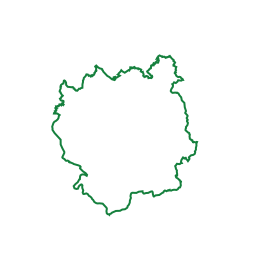 outline of Gazipur, Dhaka, Bangladesh, rotated 135°
{"feature_id": "16705992B50862305652789", "entity_name": "Gazipur", "entity_type": "district", "adm_level": 2, "iso_a3": "BGD", "parent_name": "Bangladesh", "parent_adm1": "Dhaka", "projection": "mercator", "projection_center": [90.414, 24.092], "detail": "fine", "context": "isolated", "style": "outline", "palette": "green", "viewbox_px": 256, "rotation_deg": 135, "n_neighbors": 0, "source": "geoboundaries", "source_scale": "gbopen_adm2", "svg_char_len": 5809}
<svg xmlns="http://www.w3.org/2000/svg" viewBox="0 0 256 256"><g transform="rotate(135 128 128)"><path d="M139.9,206.8L142.2,205.1L142.7,205.5L144.8,205.8L146.1,205.3L146.1,204.7L147.0,204.5L147.2,203.8L150.3,202.4L150.6,202.0L150.4,201.0L150.7,200.3L151.0,200.1L151.0,199.4L151.4,198.4L151.2,197.0L152.0,196.8L153.1,197.1L154.3,196.6L155.1,196.8L155.1,196.5L155.5,196.5L155.9,195.4L155.7,194.3L155.0,193.7L154.6,192.9L155.1,192.5L155.1,192.0L156.1,191.5L156.4,191.5L157.0,192.1L157.4,192.0L157.6,191.3L157.1,190.1L157.6,190.0L157.7,190.9L158.4,191.1L158.8,191.9L159.2,191.6L159.3,192.7L159.8,193.2L160.7,192.6L162.2,193.3L162.2,192.7L162.7,192.9L162.7,193.1L163.9,193.1L164.0,193.7L164.4,193.2L164.5,193.5L165.3,193.5L165.6,192.4L165.3,192.1L165.8,192.1L165.9,191.5L166.2,191.2L167.7,191.6L167.8,190.7L169.6,190.9L170.1,190.6L167.8,188.3L167.2,185.5L168.4,185.4L170.1,184.2L171.7,183.8L174.1,184.0L175.6,184.5L177.3,184.2L180.7,182.5L181.6,181.1L182.7,180.1L183.5,176.3L183.9,167.4L187.3,163.9L188.8,159.9L189.9,156.2L190.7,155.4L195.1,153.8L195.4,153.0L194.9,150.8L195.1,149.0L194.6,148.2L193.7,147.6L193.2,145.7L193.8,145.4L193.7,145.1L192.7,143.6L191.9,141.5L191.9,141.0L189.5,136.7L188.8,134.9L189.0,134.0L190.3,133.6L190.5,133.2L190.5,129.1L189.9,126.2L190.1,123.8L191.0,123.4L191.6,125.6L192.6,127.0L193.7,127.8L195.0,128.1L196.0,127.7L198.3,125.8L198.9,126.1L201.9,125.2L204.8,125.5L207.5,125.3L208.5,123.2L207.6,121.4L206.3,120.5L204.2,121.4L203.1,121.6L201.0,121.2L200.7,120.8L200.8,119.7L202.1,118.7L203.0,117.4L203.7,115.6L205.7,114.4L206.2,113.0L205.9,112.5L203.7,111.2L203.2,109.8L203.6,107.5L203.2,106.5L203.1,104.5L203.6,103.2L203.5,101.8L204.1,99.5L203.6,97.3L202.8,96.1L201.4,94.9L199.4,92.4L199.6,86.8L200.1,85.8L202.0,84.5L203.3,82.7L203.3,81.5L202.7,80.7L202.6,79.9L202.2,80.2L200.2,79.4L199.3,79.5L195.2,77.9L192.2,75.1L189.7,74.4L187.6,72.7L185.1,72.2L184.3,72.4L183.6,73.0L181.7,73.1L179.5,74.0L177.9,75.4L175.4,76.5L174.4,78.1L172.7,79.2L171.8,79.5L170.8,79.2L168.0,76.2L165.4,75.3L162.5,73.0L163.0,72.5L163.3,70.9L163.1,70.3L161.1,69.2L159.7,67.9L156.6,66.8L155.8,66.1L155.9,65.2L157.2,63.6L158.2,61.8L158.1,61.2L156.2,60.9L153.2,58.5L149.3,57.8L148.6,57.4L147.4,57.9L146.1,57.7L145.4,56.0L143.5,55.6L143.4,54.9L142.2,54.7L142.4,54.1L141.6,53.1L140.6,52.8L139.1,51.8L137.5,49.9L136.0,49.5L134.3,49.9L133.2,49.2L131.2,50.1L129.3,52.5L128.6,52.4L128.4,52.6L128.6,54.2L128.3,54.5L128.5,55.6L128.4,56.4L128.9,59.0L128.3,59.8L128.2,60.4L127.9,60.6L127.3,60.5L127.2,59.6L126.9,59.6L125.7,60.8L124.5,62.5L123.5,63.3L122.9,65.4L122.1,66.4L121.9,67.2L121.5,67.7L121.2,67.6L118.7,68.1L117.2,66.1L116.6,65.8L115.7,65.9L114.8,65.2L114.5,66.5L113.9,67.0L112.8,67.6L109.9,68.3L109.7,67.9L109.8,66.6L109.2,66.2L108.4,66.3L108.2,66.1L108.8,65.0L108.7,63.7L109.0,62.2L106.6,62.6L106.2,62.9L105.9,64.0L105.6,64.2L102.7,64.1L101.0,62.9L99.2,62.5L97.8,63.2L97.2,64.2L96.5,64.2L95.1,64.8L94.1,65.9L92.1,67.1L90.7,68.6L89.1,69.3L89.4,69.7L90.2,69.7L91.2,71.5L91.9,71.6L92.1,72.0L91.7,72.5L91.8,73.0L91.2,73.7L91.3,74.4L91.7,74.4L91.9,76.7L91.2,77.4L90.7,78.3L89.0,79.6L89.0,80.2L88.4,80.8L88.3,81.5L88.7,82.1L88.9,85.7L88.1,86.5L86.9,87.0L86.4,87.7L84.0,88.0L82.0,89.2L81.6,91.0L81.0,91.5L80.5,91.3L79.9,91.7L79.7,93.2L79.2,93.7L77.9,94.0L77.1,94.7L76.9,98.2L75.0,99.0L73.2,102.5L70.4,105.9L70.4,109.5L68.7,112.1L68.5,114.7L67.9,116.7L68.3,118.3L68.7,118.3L69.5,119.6L71.6,121.3L71.9,122.4L71.7,123.8L71.1,124.3L69.4,125.0L67.2,125.4L66.0,126.4L65.7,127.6L65.1,127.3L63.1,127.7L62.4,126.0L60.2,125.8L58.8,126.3L57.0,124.0L56.6,123.7L55.6,123.8L55.1,123.2L54.9,123.7L55.3,124.0L54.9,124.6L55.1,125.6L54.9,126.9L55.5,127.9L56.5,128.5L56.8,129.6L56.9,130.8L56.1,132.9L56.2,133.7L56.0,133.9L54.8,133.6L54.6,134.5L53.1,134.9L52.8,135.9L50.7,137.0L51.2,138.1L51.2,138.8L51.8,139.9L51.1,140.6L50.1,140.5L49.7,140.9L48.5,140.9L48.3,141.6L48.5,143.3L47.7,143.6L47.7,143.9L47.9,146.3L47.5,149.2L48.3,149.2L48.3,149.6L48.7,149.5L50.0,150.1L50.1,150.5L51.0,150.6L51.2,151.2L51.8,151.2L51.9,152.7L53.5,153.9L53.1,154.4L53.7,155.1L54.4,157.0L56.0,157.3L56.5,156.9L57.3,157.1L58.5,156.7L57.4,156.1L57.4,155.7L57.9,155.1L58.9,155.0L58.3,154.3L58.4,154.0L60.5,152.9L60.8,153.1L61.2,154.8L62.2,155.0L62.6,154.3L63.8,154.3L64.1,155.7L65.2,155.3L65.3,154.6L65.6,154.2L66.5,154.9L66.8,155.6L67.5,155.8L69.5,154.1L69.9,154.4L70.2,154.2L71.1,154.5L72.4,154.3L74.4,154.5L74.8,153.5L74.4,150.1L74.8,149.6L74.6,148.6L74.8,148.0L74.3,148.2L74.1,148.0L74.4,147.3L75.1,146.8L76.2,146.8L77.0,147.9L78.3,148.8L77.5,150.1L78.0,151.5L78.6,152.0L79.1,151.8L79.7,152.1L80.0,152.7L80.3,152.7L80.1,153.4L80.3,154.2L79.2,154.7L78.4,156.1L78.4,156.8L77.9,157.3L78.6,157.7L79.0,159.0L77.4,159.9L78.4,162.6L79.1,162.5L79.0,163.4L79.5,163.7L80.3,165.1L80.8,165.2L80.3,166.5L80.9,166.7L81.2,167.1L82.0,166.8L82.5,167.3L83.0,167.4L82.7,168.4L83.5,169.3L84.6,168.3L86.4,167.7L86.6,168.5L91.2,169.4L91.9,171.9L91.9,173.6L93.4,173.2L96.0,173.2L96.7,172.9L97.4,173.0L96.8,170.8L100.6,171.7L100.9,172.0L100.7,173.1L102.1,173.9L102.3,173.6L103.1,173.6L103.3,172.8L103.1,172.2L102.3,172.2L102.1,171.9L102.6,171.4L103.6,171.4L104.9,173.8L105.2,177.4L105.8,179.4L105.6,185.4L105.1,186.5L105.2,187.2L104.7,187.8L104.7,188.3L105.9,190.3L106.3,192.5L106.3,194.6L107.7,194.7L107.9,194.0L107.3,193.5L109.6,191.6L109.6,191.1L110.1,190.8L110.4,191.3L111.0,191.2L112.3,190.4L112.9,190.7L114.1,189.7L116.6,190.0L116.1,190.9L116.6,191.1L118.0,191.0L117.9,192.0L118.2,192.5L118.9,192.7L118.6,194.2L119.5,195.3L121.2,194.7L123.9,194.6L125.2,193.6L126.2,193.5L127.2,192.4L129.3,191.1L131.8,188.7L133.1,189.5L134.1,189.5L134.8,190.4L137.5,190.2L138.3,191.2L138.1,191.5L138.5,192.3L138.0,193.8L138.6,194.3L138.0,195.5L138.5,196.4L139.0,196.6L141.5,199.8L141.3,202.2L139.7,203.9L139.2,205.7L139.4,206.6L139.9,206.8Z" fill="none" stroke="#15803d" stroke-width="2"/></g></svg>